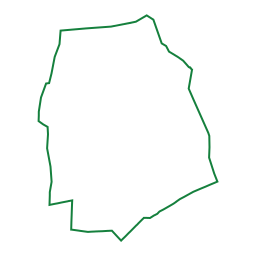 Nomgon, Ömnögovi, Mongolia
{"feature_id": "93677404B86751370010695", "entity_name": "Nomgon", "entity_type": "district", "adm_level": 2, "iso_a3": "MNG", "parent_name": "Mongolia", "parent_adm1": "Ömnögovi", "projection": "orthographic", "projection_center": [105.179, 42.406], "detail": "fine", "context": "isolated", "style": "outline", "palette": "green", "viewbox_px": 256, "rotation_deg": 0, "n_neighbors": 0, "source": "geoboundaries", "source_scale": "gbopen_adm2", "svg_char_len": 1534}
<svg xmlns="http://www.w3.org/2000/svg" viewBox="0 0 256 256"><path d="M146.7,15.4L135.9,21.7L129.6,23.0L111.0,26.6L86.2,28.4L60.6,30.6L59.5,44.2L54.7,56.9L51.5,73.5L49.1,83.1L46.1,83.5L41.0,97.5L38.8,111.7L38.8,115.6L38.6,121.1L43.2,124.4L47.6,126.9L48.0,134.3L47.1,148.3L50.5,166.6L51.6,181.8L49.8,192.1L49.8,195.4L49.5,204.9L55.5,203.7L57.3,203.4L61.5,202.5L67.2,201.4L67.3,201.4L68.9,201.0L69.1,201.0L72.2,200.4L72.1,202.4L72.1,202.6L71.9,207.6L71.7,213.8L71.4,222.1L71.2,229.6L71.3,229.6L73.5,229.9L78.6,230.6L79.8,230.8L87.9,231.9L91.0,231.7L97.0,231.4L102.5,231.2L107.4,230.9L111.9,230.7L116.7,235.9L120.8,240.3L121.1,240.6L122.5,239.2L125.4,236.4L128.9,232.8L130.0,231.8L136.0,225.7L136.5,225.2L136.8,225.0L137.9,223.9L138.0,223.7L141.8,219.9L142.9,218.8L143.5,218.3L143.8,217.9L147.1,217.9L150.0,218.0L152.7,216.3L153.3,215.9L153.9,215.5L154.6,215.2L155.4,214.8L157.3,213.8L157.9,213.2L158.3,212.7L159.5,211.5L163.4,209.5L169.7,205.9L172.6,204.2L173.6,203.6L176.2,201.8L176.2,201.7L179.9,199.1L184.1,196.9L185.9,195.9L187.7,194.9L193.3,191.8L201.3,188.4L205.2,186.8L210.5,184.5L213.9,183.1L217.4,181.6L214.2,173.5L209.1,157.6L209.5,147.2L209.3,135.9L208.3,132.9L193.5,99.6L188.7,88.6L192.0,69.8L191.9,69.8L191.8,69.6L191.7,69.4L191.4,69.2L191.2,68.9L191.1,68.7L190.9,68.3L190.7,68.2L190.5,67.9L190.4,67.9L190.3,67.7L190.2,67.6L190.1,67.4L189.9,67.4L189.7,67.3L189.3,67.2L189.2,67.3L188.8,67.1L183.2,60.7L177.9,57.0L169.0,51.6L166.1,46.0L161.7,43.4L153.4,19.7L146.7,15.4Z" fill="none" stroke="#15803d" stroke-width="2"/></svg>